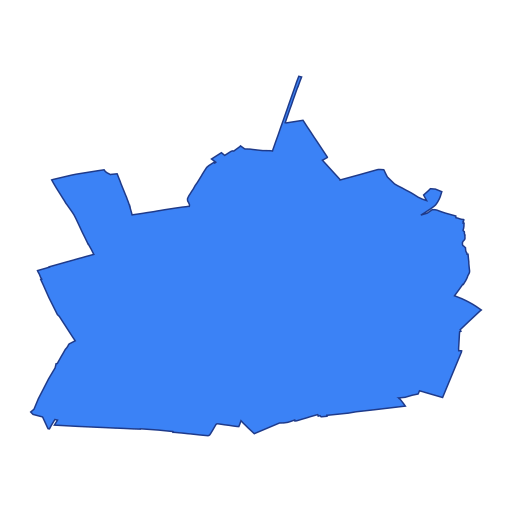 Iecava, Iecavas, Latvia
{"feature_id": "27541924B74640120803462", "entity_name": "Iecava", "entity_type": "district", "adm_level": 2, "iso_a3": "LVA", "parent_name": "Latvia", "parent_adm1": "Iecavas", "projection": "natural_earth1", "projection_center": [24.213, 56.601], "detail": "fine", "context": "isolated", "style": "filled", "palette": "blue", "viewbox_px": 512, "rotation_deg": 0, "n_neighbors": 0, "source": "geoboundaries", "source_scale": "gbopen_adm2", "svg_char_len": 5788}
<svg xmlns="http://www.w3.org/2000/svg" viewBox="0 0 512 512"><path d="M63.1,353.3L60.8,357.2L60.7,357.4L60.1,358.5L59.2,360.1L58.1,362.0L57.4,363.5L56.1,363.7L55.1,367.9L53.3,370.9L48.5,379.0L42.6,390.5L38.4,398.6L34.0,409.2L30.7,412.0L33.0,414.4L36.0,415.2L42.4,416.9L42.7,417.2L43.3,418.5L47.5,427.6L48.1,428.7L49.4,428.9L49.9,428.1L50.6,426.7L51.8,424.6L54.9,419.5L57.5,420.1L54.4,425.1L78.1,426.4L96.1,427.2L105.4,427.6L115.6,428.1L116.6,428.1L123.5,428.4L129.5,428.7L133.5,428.9L140.0,429.1L140.4,429.1L140.4,428.8L140.7,428.8L159.0,430.1L161.7,430.4L170.6,431.3L173.0,431.5L173.1,431.8L173.0,432.3L173.6,432.3L175.1,432.4L179.3,432.8L181.8,433.0L187.9,433.7L190.6,433.9L194.1,434.3L198.6,434.8L199.4,434.9L207.9,435.7L208.8,435.5L209.6,435.0L210.6,433.6L211.5,432.1L212.6,430.3L214.8,426.5L215.9,424.6L216.4,424.1L217.2,423.8L217.9,423.8L220.8,424.2L224.7,424.8L228.9,425.3L233.3,426.0L237.0,426.5L238.8,426.6L238.9,426.4L239.8,424.1L241.0,420.7L243.2,423.1L245.5,425.3L248.0,427.8L251.1,430.7L254.3,433.7L254.9,433.4L278.3,423.5L279.5,423.0L283.8,422.9L287.5,422.4L289.9,421.7L294.7,420.0L294.9,421.0L296.7,420.8L303.0,418.9L305.8,418.1L308.1,417.4L309.9,416.8L317.6,414.6L317.8,414.7L318.2,416.1L319.0,415.9L320.1,415.7L320.5,416.2L321.1,416.8L321.4,416.8L326.6,416.3L326.5,416.2L326.7,415.9L326.9,415.2L327.2,415.3L348.5,413.1L355.9,411.8L373.9,409.8L402.7,406.4L405.3,406.1L403.7,403.8L400.1,399.2L399.2,398.6L399.6,398.2L399.0,397.9L405.1,397.3L412.3,395.2L418.1,394.0L419.5,390.8L442.6,397.5L451.3,376.5L461.5,351.9L461.6,350.8L458.7,350.7L458.6,348.6L458.7,346.8L458.8,345.3L459.4,334.7L459.6,331.8L459.8,331.7L460.9,331.3L460.7,330.9L460.2,329.6L460.5,329.4L469.1,321.2L479.8,311.2L481.3,310.0L479.7,308.9L476.1,306.4L472.6,304.2L468.8,302.1L465.7,300.5L463.8,299.6L461.7,298.6L459.6,297.8L455.6,296.2L454.5,295.8L455.0,295.1L458.6,290.2L459.8,288.5L462.8,284.3L463.3,284.5L464.1,283.2L464.7,282.2L465.5,281.0L466.8,278.5L467.5,276.8L467.7,276.0L468.6,274.3L469.1,273.4L469.5,272.2L469.6,271.0L469.4,269.3L469.1,266.7L468.8,263.4L468.8,261.8L468.7,261.1L468.4,258.1L468.1,255.0L468.0,254.2L467.5,254.2L467.0,254.2L466.8,253.0L465.8,251.3L465.5,248.5L465.5,247.8L465.3,247.6L463.7,246.1L462.8,245.5L462.5,244.7L462.4,242.7L463.0,241.4L464.0,240.3L464.7,239.4L465.0,238.3L464.9,236.7L465.0,235.1L464.7,235.0L464.7,234.6L464.4,233.6L464.4,232.5L464.3,231.7L463.1,230.6L463.1,230.0L463.6,228.4L463.9,226.4L464.0,223.9L464.1,223.2L463.0,223.0L463.4,221.8L463.1,221.6L463.9,219.9L463.5,219.5L462.2,219.4L461.0,219.2L459.1,218.6L458.0,218.2L455.9,217.7L455.8,216.0L445.4,213.1L440.9,211.6L437.2,210.2L436.0,209.9L434.9,209.7L432.3,209.7L427.2,213.2L420.8,215.1L421.4,214.8L423.3,213.6L425.6,212.1L428.0,210.5L430.3,209.0L432.4,207.5L433.6,206.6L434.6,205.8L435.6,204.9L436.4,203.8L436.7,203.4L437.8,201.7L439.2,199.1L440.2,196.8L441.8,191.7L435.4,189.1L430.4,188.7L428.5,190.6L423.6,195.0L426.6,200.6L425.9,200.4L424.5,199.9L422.0,199.0L420.8,198.4L418.3,197.3L413.6,194.3L411.1,192.8L408.1,191.2L406.5,190.4L404.5,189.3L402.0,187.9L399.2,186.5L397.6,185.7L395.7,184.6L394.5,183.9L391.6,181.1L387.8,177.4L387.4,177.0L387.1,176.5L385.5,173.3L385.3,172.9L384.1,170.3L383.8,169.8L383.5,169.7L380.3,169.5L378.1,169.5L376.5,169.9L359.1,174.8L340.8,179.8L340.1,180.0L340.1,179.7L339.9,179.4L322.4,160.2L323.4,159.7L327.3,157.5L327.4,157.3L327.4,157.2L318.8,144.2L316.4,140.6L314.2,137.4L310.5,131.7L307.0,126.5L304.0,121.8L303.0,120.3L286.4,122.9L285.2,122.7L290.5,107.4L290.7,107.0L291.9,103.6L293.3,99.4L295.3,93.8L296.3,90.9L297.8,86.8L298.0,86.8L298.4,85.6L299.6,82.2L300.4,80.1L301.6,77.0L301.2,76.9L298.8,76.3L296.7,81.7L294.0,89.6L288.5,105.2L287.6,107.9L285.9,112.7L283.3,120.2L280.8,127.2L279.4,131.3L278.2,134.8L275.8,141.4L272.7,150.3L272.5,151.0L271.9,150.9L269.9,150.7L264.8,150.6L262.7,150.6L257.1,150.0L255.5,149.8L252.1,149.4L250.0,149.1L249.0,149.1L247.2,149.0L245.6,149.0L244.8,148.9L244.4,148.7L240.5,145.9L239.9,146.6L233.7,151.1L233.2,151.0L232.5,150.9L231.5,151.2L231.2,151.3L230.0,152.0L224.7,155.4L221.4,152.7L211.5,159.0L215.8,162.2L214.7,163.1L213.7,162.5L208.8,165.6L206.7,167.4L204.6,170.6L203.1,173.0L202.1,174.6L201.6,175.6L200.2,177.8L199.8,178.5L198.0,181.4L197.4,182.4L196.9,183.1L196.1,184.2L195.8,184.7L195.3,185.3L193.1,189.3L191.7,191.3L190.3,193.6L188.9,195.7L187.8,198.0L187.5,198.8L187.5,199.9L187.7,201.1L188.1,201.7L188.7,202.9L189.1,203.7L189.4,204.5L189.5,205.2L189.3,206.4L187.9,206.4L186.2,206.7L184.3,206.9L182.3,207.1L174.7,208.2L166.9,209.4L165.5,209.6L163.7,209.9L160.3,210.5L157.1,211.0L155.1,211.4L152.8,211.8L147.1,212.6L142.4,213.4L137.6,214.1L133.9,214.6L132.1,214.9L131.3,211.9L130.6,209.5L129.8,206.7L130.0,206.7L129.5,205.0L129.3,205.0L128.1,201.5L127.3,199.5L126.5,197.2L125.5,194.9L123.9,190.9L122.7,188.0L120.8,183.3L120.2,181.5L118.7,177.8L117.5,174.7L117.1,173.8L111.0,174.4L110.5,174.6L108.6,173.6L107.2,172.9L106.2,172.2L105.4,171.5L104.6,170.6L104.1,169.8L101.5,170.2L99.3,170.5L76.1,174.2L71.6,175.1L53.4,179.4L51.7,179.9L51.8,180.1L53.8,183.7L54.8,185.4L56.6,188.4L60.4,194.4L62.7,198.1L64.3,200.6L66.0,203.5L66.6,204.2L66.9,204.6L69.3,208.0L71.7,211.4L73.1,213.5L74.1,215.1L76.0,218.8L79.2,225.6L82.4,232.5L83.7,235.1L85.2,238.1L86.0,239.8L86.7,241.2L88.1,244.2L88.3,244.1L91.4,249.6L93.8,254.4L93.0,254.6L91.9,254.9L89.4,255.6L86.7,256.3L83.9,257.1L81.9,257.7L81.2,257.9L80.2,258.1L69.6,261.1L69.1,261.3L68.7,261.4L68.1,261.5L63.5,262.8L55.3,265.1L49.2,266.8L49.4,267.2L47.1,267.8L46.6,268.0L43.8,268.8L37.5,270.6L37.9,271.6L38.4,272.5L39.4,274.3L40.5,277.1L41.2,278.3L41.7,279.1L40.7,279.4L43.2,284.8L48.8,297.4L52.1,304.0L54.3,308.4L57.4,314.6L59.3,316.4L72.5,336.8L75.2,340.8L69.2,343.9L68.8,344.4L68.4,345.0L68.1,345.7L66.9,347.6L65.3,349.4L63.1,353.3Z" fill="#3b82f6" stroke="#1e3a8a" stroke-width="1.5"/></svg>